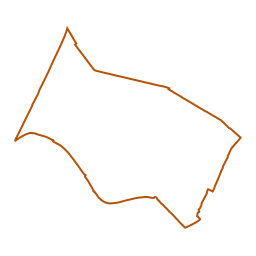 Hon Dat, Kiên Giang, Vietnam (Mercator projection)
{"feature_id": "81297802B18356226761800", "entity_name": "Hon Dat", "entity_type": "district", "adm_level": 2, "iso_a3": "VNM", "parent_name": "Vietnam", "parent_adm1": "Kiên Giang", "projection": "mercator", "projection_center": [104.972, 10.238], "detail": "fine", "context": "isolated", "style": "outline", "palette": "amber", "viewbox_px": 256, "rotation_deg": 0, "n_neighbors": 0, "source": "geoboundaries", "source_scale": "gbopen_adm2", "svg_char_len": 5700}
<svg xmlns="http://www.w3.org/2000/svg" viewBox="0 0 256 256"><path d="M60.2,46.3L52.1,63.4L48.3,72.0L44.2,80.3L39.6,89.7L38.0,94.1L33.8,102.0L32.7,103.9L32.4,104.7L32.3,105.3L32.0,106.2L31.8,106.5L23.7,122.9L19.8,131.0L15.6,139.2L15.4,139.6L15.4,139.9L15.4,140.1L15.5,140.6L15.8,140.4L16.4,139.9L16.7,139.7L17.0,139.5L17.4,139.3L17.8,139.0L18.3,138.6L18.8,138.3L19.2,138.1L19.5,137.9L20.2,137.4L20.4,137.3L20.9,137.1L21.2,136.9L21.5,136.8L21.8,136.5L22.1,136.3L25.3,134.6L27.0,133.9L27.9,133.5L28.7,133.4L29.2,133.2L29.7,133.1L30.3,133.0L31.1,133.0L32.9,133.2L33.5,133.2L34.5,133.4L36.0,133.7L36.2,133.8L36.3,134.0L39.9,135.1L43.3,136.0L44.0,136.2L44.8,136.4L46.9,137.2L48.8,138.1L51.9,139.8L52.1,139.9L52.5,140.0L52.9,140.0L53.1,140.1L53.3,140.2L53.4,140.4L53.3,140.5L53.1,141.0L53.1,141.5L53.4,141.7L56.3,143.2L57.8,144.0L59.1,144.7L60.3,145.4L60.6,145.6L62.2,146.9L62.7,147.3L64.5,148.9L65.6,150.1L65.9,150.4L66.3,150.8L67.5,151.9L67.8,152.2L68.2,152.6L68.5,153.0L69.3,154.1L70.1,155.1L70.8,156.1L71.4,156.9L72.6,158.3L74.0,160.1L75.6,162.5L76.0,163.0L76.3,163.4L76.7,163.8L77.6,165.0L78.4,166.1L79.1,167.2L81.2,170.3L82.8,172.4L83.0,172.7L84.0,174.0L84.3,174.4L84.7,174.7L85.1,174.9L85.4,174.9L85.5,175.0L85.6,175.3L85.2,175.7L85.0,176.1L84.9,176.3L84.9,176.5L85.0,176.8L86.9,179.3L87.7,180.3L88.6,181.7L89.2,183.0L89.6,183.7L90.2,184.7L90.4,185.1L91.0,186.0L91.4,186.6L93.4,190.4L93.4,190.6L93.3,190.9L93.3,191.0L93.4,191.3L93.7,191.5L93.9,191.6L94.2,191.6L94.4,191.7L94.5,191.7L94.6,191.9L94.5,192.1L94.6,192.3L95.1,192.6L95.4,193.0L96.0,193.8L97.4,195.8L97.5,195.9L98.8,197.8L99.4,198.3L100.2,198.9L101.0,199.8L102.0,200.5L102.9,201.1L104.1,201.8L105.0,202.3L106.3,202.7L107.3,203.1L108.7,203.3L110.7,203.4L113.0,203.2L115.0,203.0L117.0,202.7L118.4,202.5L119.5,202.2L122.4,201.4L127.3,200.1L127.8,200.0L128.7,199.8L129.2,199.7L132.2,199.0L134.9,198.3L136.9,198.0L139.1,197.5L140.6,197.5L141.2,197.4L142.5,197.2L143.3,197.2L144.6,197.1L146.0,197.0L147.4,197.0L148.1,197.1L148.9,197.2L149.6,197.4L150.7,197.6L151.7,197.8L152.5,197.9L153.3,197.9L153.8,197.9L154.1,197.7L154.4,197.3L154.6,197.2L155.1,197.0L155.4,197.0L155.6,197.1L156.0,197.3L156.5,197.7L157.0,198.4L157.1,198.6L157.3,199.2L158.2,200.2L159.0,200.9L160.3,202.4L160.6,202.8L161.2,203.4L162.7,204.7L164.1,206.0L164.8,206.9L165.4,207.4L166.4,208.4L167.8,209.8L168.9,211.2L169.0,211.2L169.7,211.9L170.5,212.6L171.1,213.3L171.6,213.6L172.0,214.0L172.4,214.4L172.7,214.7L173.0,215.1L173.5,215.6L174.0,216.1L174.8,216.9L175.4,217.6L175.8,218.1L176.2,218.6L176.6,219.0L177.1,219.4L177.5,219.8L177.9,220.2L178.4,220.9L179.0,221.5L179.5,222.0L180.1,222.7L180.6,223.3L180.9,223.6L181.2,223.8L181.5,224.1L181.7,224.4L181.9,224.7L182.1,224.9L182.4,225.1L182.7,225.2L182.9,225.4L183.1,225.8L183.6,226.3L184.0,226.6L184.7,227.2L185.1,227.5L185.3,227.7L186.5,227.1L192.0,224.5L196.1,222.3L197.9,221.1L198.8,220.5L199.4,220.1L199.7,219.7L199.9,219.2L200.0,218.9L199.2,218.1L198.7,217.5L198.3,217.1L198.1,217.0L197.7,216.6L197.4,216.4L197.1,216.2L197.2,215.7L197.3,215.4L197.4,214.4L197.4,214.1L197.6,213.8L197.7,213.3L197.7,213.0L197.9,212.7L198.1,212.4L198.3,212.3L198.9,212.1L199.2,211.9L199.3,211.7L199.2,211.4L199.2,211.2L198.8,210.6L198.7,210.3L198.7,210.0L198.7,209.8L198.8,209.5L198.9,209.3L199.1,209.1L199.5,208.7L200.1,208.0L200.3,207.8L200.4,207.4L200.6,206.8L200.9,206.2L201.2,205.8L201.4,205.3L201.5,204.3L201.6,203.5L201.8,203.0L202.2,202.2L202.8,201.0L204.3,198.1L205.4,196.1L206.1,194.8L206.6,193.9L206.8,193.2L207.0,192.2L207.3,191.0L207.6,190.0L207.8,189.4L208.0,189.3L208.7,189.5L210.0,190.1L211.4,190.7L212.7,191.5L213.0,191.0L213.5,189.7L213.9,189.0L214.2,188.2L214.5,187.3L214.7,186.7L215.3,185.3L215.5,184.6L216.1,183.5L216.6,182.4L216.8,182.0L216.8,181.7L216.8,181.4L216.9,181.2L217.1,181.0L217.3,180.8L217.4,180.6L217.6,180.1L218.0,179.3L218.5,177.8L219.7,175.0L219.9,174.3L219.9,174.1L220.0,173.8L220.1,173.5L220.3,173.2L220.5,172.9L220.7,172.6L220.9,172.2L221.0,171.6L221.1,171.2L221.3,170.6L221.9,169.5L222.1,169.2L222.3,168.7L222.5,168.3L222.7,167.9L222.8,167.6L222.9,167.3L222.9,166.8L222.9,166.5L223.2,166.0L223.7,165.0L224.2,164.1L224.6,163.3L225.0,162.5L225.3,161.8L226.3,159.9L227.0,158.6L227.6,157.8L227.8,157.4L227.8,157.0L227.7,156.3L227.7,156.1L228.2,155.3L229.0,153.5L229.7,152.0L230.6,150.0L231.1,149.0L231.7,148.0L236.5,142.5L239.7,138.8L240.6,137.7L240.3,137.3L238.5,135.8L236.8,134.2L235.0,132.7L234.6,132.2L233.2,131.1L232.6,130.5L231.6,129.6L231.1,129.2L230.6,128.7L230.4,128.5L230.2,128.4L229.8,128.3L229.3,128.2L229.0,128.1L228.9,128.0L227.9,126.9L227.2,126.2L226.5,125.4L225.8,124.8L225.6,124.6L225.0,124.0L224.2,123.2L223.4,122.5L222.5,121.7L222.0,121.3L221.8,121.1L221.6,120.9L221.5,120.7L221.4,120.5L221.3,120.4L221.1,120.3L220.1,119.7L219.0,119.1L217.7,118.3L217.3,118.1L215.7,117.2L214.3,116.3L213.6,116.0L212.9,115.5L212.0,115.0L207.5,112.3L206.1,111.5L204.1,110.5L202.1,109.3L200.0,108.1L199.0,107.5L198.0,106.9L196.0,105.7L194.6,104.9L194.4,104.7L194.1,104.5L192.5,103.6L191.1,102.7L190.1,102.1L188.6,101.3L188.1,100.9L187.6,100.7L185.1,99.2L183.2,98.2L181.7,97.1L178.3,95.1L174.2,92.7L173.2,92.0L170.2,90.3L169.5,89.9L168.7,89.4L168.9,89.2L169.2,88.6L169.3,88.4L168.5,88.1L167.6,87.7L164.1,86.6L163.5,86.5L161.7,86.1L160.2,85.8L158.6,85.5L154.4,84.5L151.8,83.9L150.0,83.5L149.5,83.3L145.3,82.4L142.7,81.7L140.0,81.1L138.5,80.8L135.2,80.0L130.5,78.9L125.9,77.8L121.2,76.7L116.8,75.7L112.9,74.8L108.1,73.6L104.8,72.9L100.4,71.8L95.9,70.7L95.4,70.5L93.9,69.7L92.0,67.2L88.8,62.9L86.3,59.5L83.7,56.1L81.2,52.8L78.6,49.4L78.0,48.6L75.0,44.7L76.2,43.5L75.3,42.0L73.4,38.8L71.8,36.0L67.3,28.3L66.4,31.4L65.4,34.1L64.9,35.7L64.0,37.7L60.2,46.3Z" fill="none" stroke="#b45309" stroke-width="2"/></svg>